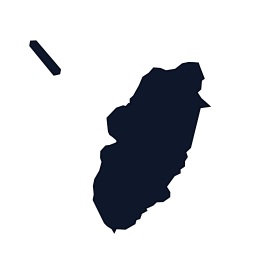 Merizo, Guam, rotated 81°
{"feature_id": "77769853B7245743220793", "entity_name": "Merizo", "entity_type": "district", "adm_level": 2, "iso_a3": "GUM", "parent_name": "Guam", "parent_adm1": "", "projection": "natural_earth1", "projection_center": [144.684, 13.261], "detail": "fine", "context": "isolated", "style": "filled", "palette": "ink", "viewbox_px": 256, "rotation_deg": 81, "n_neighbors": 0, "source": "geoboundaries", "source_scale": "gbopen_adm2", "svg_char_len": 1145}
<svg xmlns="http://www.w3.org/2000/svg" viewBox="0 0 256 256"><g transform="rotate(81 128 128)"><path d="M157.0,69.5L147.4,65.5L134.6,60.1L119.0,53.6L119.2,44.1L110.4,51.4L103.6,54.5L100.9,50.3L92.3,48.2L91.0,45.3L79.0,47.9L75.0,48.6L73.7,54.1L73.0,58.1L73.3,64.2L77.6,72.0L77.7,81.6L74.5,86.7L72.9,93.2L77.3,98.5L80.3,105.2L88.0,110.0L97.4,117.4L99.7,121.0L104.6,121.9L104.2,123.6L106.8,126.7L105.6,129.3L106.8,136.2L114.9,146.9L123.7,147.4L128.6,147.6L131.5,146.8L133.8,144.4L136.8,141.8L138.5,140.7L140.5,140.9L141.2,142.4L142.6,148.7L142.5,152.8L146.9,158.3L153.3,159.5L157.3,158.7L161.6,160.5L166.0,162.5L173.5,168.6L179.9,171.0L188.4,171.5L193.7,173.4L217.9,165.9L221.2,163.6L224.9,159.4L228.8,157.9L225.3,155.5L227.3,146.4L223.5,136.3L219.6,134.5L219.1,130.7L214.4,128.2L212.4,122.6L210.1,123.4L207.8,115.2L205.1,111.4L205.9,104.9L202.4,97.8L198.0,97.0L192.0,99.6L182.2,89.8L180.4,83.7L176.7,83.3L174.4,78.4L169.3,77.5L165.8,74.2L160.7,75.0L157.0,69.5ZM27.8,205.3L27.2,210.5L31.4,211.9L48.0,202.2L63.9,192.9L63.9,191.9L63.6,187.2L59.7,185.8L52.1,190.4L34.0,201.5L27.8,205.3Z" fill="#0f172a" stroke="#020617" stroke-width="1.5"/></g></svg>